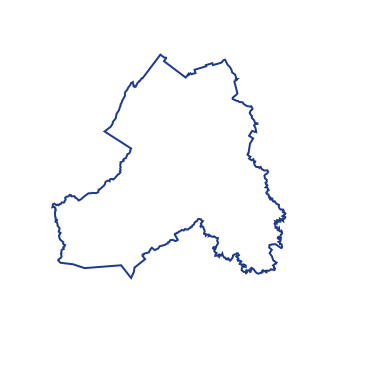 the district of Barossa, South Australia, Australia, rotated 212°
{"feature_id": "25037944B31531764292735", "entity_name": "Barossa", "entity_type": "district", "adm_level": 2, "iso_a3": "AUS", "parent_name": "Australia", "parent_adm1": "South Australia", "projection": "albers", "projection_center": [138.893, -34.613], "detail": "fine", "context": "isolated", "style": "outline", "palette": "blue", "viewbox_px": 384, "rotation_deg": 212, "n_neighbors": 0, "source": "geoboundaries", "source_scale": "gbopen_adm2", "svg_char_len": 6061}
<svg xmlns="http://www.w3.org/2000/svg" viewBox="0 0 384 384"><g transform="rotate(212 192 192)"><path d="M234.1,321.7L235.2,320.4L235.4,318.2L235.9,316.9L241.5,310.7L243.0,312.0L247.5,306.9L246.6,306.2L254.6,297.0L252.1,294.7L255.0,291.5L256.3,291.8L256.8,289.6L257.6,290.2L258.0,285.7L285.1,288.1L284.8,292.2L284.4,292.5L286.8,291.3L291.6,291.7L294.2,262.2L294.7,262.1L295.1,260.7L295.0,258.8L295.5,258.4L295.5,257.1L296.0,255.9L295.6,251.4L296.5,251.4L296.5,250.8L297.4,250.6L298.8,252.3L299.7,252.6L300.4,253.8L301.4,252.0L301.0,250.2L301.4,247.3L301.1,243.7L301.6,241.9L301.0,239.7L299.8,238.1L299.5,232.1L298.9,229.6L299.1,228.7L298.1,226.7L298.1,225.5L297.3,222.7L297.4,218.4L295.7,213.9L296.3,209.4L295.5,208.0L295.5,204.4L298.2,197.0L266.7,196.6L266.7,195.3L266.3,195.0L265.6,191.6L266.8,189.9L266.0,185.9L267.3,183.9L267.3,182.9L266.7,182.7L266.5,182.1L268.4,179.2L267.5,178.4L267.4,177.3L266.8,176.3L265.5,175.1L265.4,173.8L264.1,172.7L264.2,171.4L263.1,170.8L263.4,168.8L264.1,167.4L264.9,162.2L265.5,160.8L266.8,160.8L268.2,159.4L267.6,157.5L268.4,157.6L269.7,156.8L270.7,154.8L270.0,152.5L270.1,150.5L271.9,144.7L272.4,144.5L271.4,142.1L272.8,140.2L276.3,138.3L276.8,137.5L279.1,136.1L281.2,130.7L282.3,126.9L283.7,124.7L286.0,125.5L288.1,125.3L288.7,126.0L289.6,126.1L291.7,124.5L292.6,124.6L293.1,125.2L294.3,124.7L294.3,123.1L296.0,121.4L296.5,119.8L295.1,118.6L295.3,116.9L294.8,115.9L295.1,115.0L296.9,114.1L297.0,112.1L297.9,111.5L298.1,110.1L299.6,109.9L300.0,109.0L302.5,109.1L303.3,108.5L303.3,107.7L302.3,105.1L301.0,106.4L300.5,106.4L299.0,105.6L298.8,104.7L297.8,104.4L297.7,102.5L295.1,98.7L294.1,98.1L293.6,97.0L291.6,96.8L291.6,96.1L292.4,95.0L291.7,94.4L290.9,95.0L288.9,93.4L288.2,92.2L285.3,91.2L284.5,89.8L284.0,87.7L281.8,87.6L282.0,86.4L281.7,86.1L281.7,84.6L280.2,82.9L278.7,81.8L274.5,81.2L273.9,79.9L272.6,79.4L271.6,79.8L271.2,78.1L271.9,76.9L270.5,75.6L271.6,74.5L271.8,73.8L270.6,70.8L270.2,70.7L270.3,70.1L268.5,68.4L268.3,67.0L269.5,63.4L269.0,63.0L266.0,62.3L254.5,67.7L242.8,70.5L213.3,92.3L198.1,86.8L198.9,93.3L200.7,97.4L196.2,110.2L200.2,111.6L200.7,112.8L199.8,113.2L199.9,114.4L196.5,118.0L196.9,119.6L196.6,120.5L196.9,121.5L196.5,123.5L192.8,123.0L190.7,126.3L190.7,128.8L186.8,132.9L186.3,134.4L185.3,135.4L185.7,136.5L184.7,137.5L185.1,139.3L183.3,141.1L179.8,141.7L178.7,143.9L184.0,146.7L184.2,147.4L183.7,147.6L183.4,149.2L182.5,149.7L182.2,151.4L181.5,152.0L180.5,154.4L178.6,155.0L178.3,157.0L176.6,157.3L175.6,158.0L175.4,159.1L174.3,160.6L174.6,161.4L173.6,162.6L174.0,163.7L173.1,165.5L173.6,167.2L173.1,168.9L172.4,169.7L172.5,172.0L172.1,172.8L169.6,173.6L169.0,172.9L167.3,173.1L167.8,170.1L167.0,169.7L166.6,167.3L166.2,167.2L166.5,168.3L164.1,168.3L160.4,165.5L159.9,163.3L159.4,162.9L158.2,163.6L157.3,162.4L157.1,163.3L155.2,164.8L154.7,164.6L154.4,163.4L153.3,164.7L152.6,164.4L150.1,165.3L149.8,166.1L146.7,166.0L145.6,166.6L144.8,163.9L143.1,162.9L142.7,162.0L142.7,157.4L144.5,156.7L144.5,155.9L144.2,155.3L143.6,155.2L142.1,156.5L141.9,153.9L141.2,153.3L138.9,153.3L139.0,151.5L138.4,150.2L136.9,151.6L134.9,151.4L136.2,153.0L135.4,153.7L134.1,153.2L133.6,153.5L133.7,155.9L132.4,154.6L130.0,153.5L129.1,153.9L127.6,153.0L126.0,153.7L126.6,154.5L126.1,155.0L123.3,154.0L122.8,157.1L123.1,159.1L123.6,159.9L122.6,162.0L121.5,162.5L121.5,163.8L120.6,164.2L118.7,163.2L120.1,160.8L117.4,160.2L117.2,159.8L117.6,158.8L117.0,158.2L116.4,158.0L115.0,159.2L113.4,159.2L113.7,156.6L113.4,156.1L111.7,156.8L110.5,156.1L110.7,156.9L110.2,157.8L107.5,158.2L106.7,156.8L108.6,156.2L109.5,155.1L109.4,153.8L108.4,151.9L105.5,151.8L104.2,152.5L103.2,151.8L102.8,152.9L104.4,154.0L104.4,154.5L103.0,154.8L102.3,155.9L100.6,155.0L100.1,155.2L100.4,157.4L101.8,158.1L101.2,159.3L98.9,159.2L95.6,157.8L93.5,157.6L92.2,158.0L91.4,159.4L90.5,160.0L90.5,160.8L89.8,161.2L90.7,162.2L90.3,163.3L88.8,163.1L88.1,164.0L87.0,163.3L86.2,163.4L86.7,165.1L85.1,165.9L84.1,167.7L84.1,168.3L80.7,169.5L81.1,171.2L82.4,171.2L83.1,172.4L84.4,172.7L83.6,174.8L82.9,175.7L82.8,176.9L86.9,177.1L90.0,179.7L93.8,181.3L93.7,185.3L97.1,185.8L98.2,188.1L95.8,190.4L93.5,192.0L86.9,191.7L86.5,191.8L86.3,192.7L88.1,195.0L88.9,195.1L89.8,194.5L90.6,195.7L92.2,195.6L91.1,197.6L91.4,198.5L92.5,198.7L93.8,198.1L94.9,198.3L95.1,199.4L94.7,200.0L93.3,199.5L92.3,200.3L93.3,201.0L94.1,202.8L93.6,204.4L94.8,206.0L95.8,206.6L96.2,205.3L97.5,205.3L99.2,207.7L99.6,205.5L101.4,207.1L102.2,206.0L103.8,208.1L105.3,209.0L105.3,209.5L103.9,210.0L105.4,211.0L103.7,211.1L103.2,211.7L103.3,212.1L105.1,212.3L105.2,213.0L103.8,213.8L101.8,213.4L101.4,213.7L103.2,215.9L99.4,215.7L100.9,217.2L99.4,218.4L99.5,220.1L100.2,220.2L102.0,219.2L102.6,219.3L101.3,222.5L101.4,223.3L102.5,223.5L103.9,223.1L103.9,224.4L105.2,224.2L105.4,225.3L107.6,224.2L108.9,224.3L110.8,225.7L111.5,227.2L114.1,226.8L117.0,227.9L117.5,227.1L118.5,227.1L120.6,229.0L121.2,228.6L120.9,228.1L121.1,227.3L121.7,227.2L123.5,228.2L122.9,228.9L125.0,229.4L125.8,230.4L127.1,230.0L128.1,230.3L128.7,231.1L128.2,232.2L128.7,233.4L128.1,234.2L130.5,235.6L132.0,235.0L131.6,237.5L132.5,238.1L133.3,237.8L134.6,238.9L134.0,240.0L135.0,241.9L137.4,242.3L139.2,244.2L139.1,245.8L138.4,246.7L138.0,248.5L138.1,249.4L139.5,250.3L142.1,248.5L145.1,248.4L147.1,249.7L147.5,249.3L147.7,248.1L149.1,248.3L150.2,247.5L151.4,247.4L152.9,247.9L154.9,249.6L155.0,250.1L154.4,250.8L154.6,251.4L156.0,250.9L157.3,252.3L158.4,250.5L161.3,250.6L161.2,252.9L163.3,252.7L164.8,253.2L164.6,254.7L164.9,254.8L164.8,255.2L168.5,263.9L168.5,269.8L173.4,269.9L173.4,275.6L169.3,276.8L172.1,279.9L174.7,281.4L174.2,283.0L172.0,285.1L175.4,284.1L177.2,285.7L180.7,286.6L181.4,288.3L182.5,288.3L184.9,289.5L185.4,291.9L184.7,294.5L187.2,296.1L187.9,295.2L191.1,294.0L194.8,294.0L196.3,294.9L199.9,293.4L201.4,293.6L202.4,293.0L206.7,292.4L207.3,293.0L207.3,294.0L205.8,298.6L205.8,299.8L214.6,308.1L214.3,309.4L214.5,310.0L213.6,310.3L213.3,312.0L214.5,311.2L216.0,313.1L217.8,314.4L221.3,314.7L223.4,316.6L226.2,318.1L229.3,318.8L234.1,321.7Z" fill="none" stroke="#1e3a8a" stroke-width="2"/></g></svg>